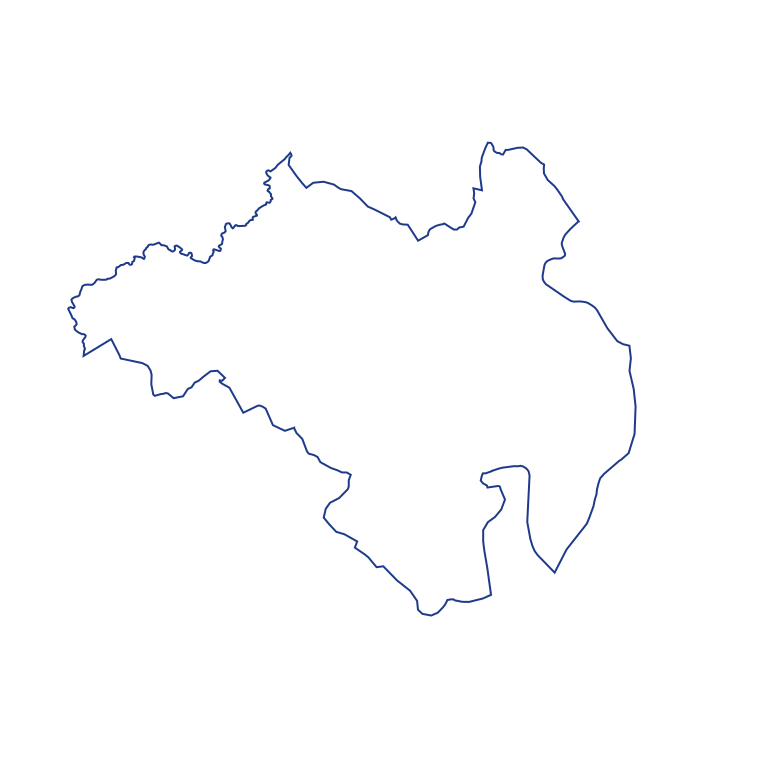 outline of Wusab Al Aali, Dhamar, Yemen, rotated 331°
{"feature_id": "15242507B81137292307075", "entity_name": "Wusab Al Aali", "entity_type": "district", "adm_level": 2, "iso_a3": "YEM", "parent_name": "Yemen", "parent_adm1": "Dhamar", "projection": "mercator", "projection_center": [43.763, 14.333], "detail": "fine", "context": "isolated", "style": "outline", "palette": "blue", "viewbox_px": 768, "rotation_deg": 331, "n_neighbors": 0, "source": "geoboundaries", "source_scale": "gbopen_adm2", "svg_char_len": 6166}
<svg xmlns="http://www.w3.org/2000/svg" viewBox="0 0 768 768"><g transform="rotate(331 384 384)"><path d="M441.8,631.7L463.5,617.2L493.5,604.6L498.6,600.6L508.2,592.2L512.5,587.1L516.3,583.6L519.2,579.4L523.4,574.9L527.3,571.3L532.9,569.3L552.2,565.3L555.1,565.1L564.4,563.1L578.9,549.2L593.1,525.7L599.9,509.6L605.1,491.5L612.4,481.2L617.2,469.5L612.3,465.0L608.8,459.6L606.4,443.4L606.1,422.6L605.5,419.4L604.0,416.1L601.5,411.8L599.9,410.1L596.4,407.4L593.4,405.7L589.9,404.0L587.7,401.9L583.7,394.7L574.0,375.2L573.5,372.1L573.6,369.6L575.1,366.3L581.9,357.9L583.9,356.4L586.5,355.6L590.7,355.9L593.3,356.4L598.2,359.3L600.2,360.0L604.3,359.5L605.5,358.1L606.6,350.4L607.1,348.3L607.8,346.9L612.2,342.9L615.2,341.1L622.1,338.8L632.4,336.2L633.1,336.3L630.2,308.9L630.6,306.4L629.8,298.2L629.1,293.8L626.1,284.9L626.0,277.4L628.2,273.0L630.4,269.7L628.4,266.4L622.6,248.0L620.3,244.6L615.4,242.2L605.7,239.3L603.9,238.3L599.3,241.0L597.7,239.7L596.9,237.8L595.1,236.9L594.0,235.3L593.3,233.6L593.3,232.4L594.3,230.5L594.6,229.2L594.6,225.9L594.2,224.8L591.8,223.3L587.1,226.7L579.3,233.4L577.1,236.6L573.3,240.3L568.6,249.3L563.6,262.1L557.1,256.2L555.3,261.0L552.3,265.1L552.0,269.3L543.0,277.4L538.3,279.4L529.9,285.0L525.7,283.6L522.8,284.3L519.9,282.7L514.5,272.8L513.1,272.8L509.8,271.7L506.0,270.9L500.0,270.9L498.3,271.4L496.4,272.8L494.6,275.1L483.3,275.2L482.0,256.2L477.6,253.4L475.6,251.4L474.6,248.1L474.5,246.2L474.9,243.9L473.8,244.2L470.0,243.8L470.0,241.0L460.3,226.8L455.9,221.0L452.9,209.9L449.1,199.5L441.0,192.9L439.2,190.1L436.9,185.3L429.2,177.8L419.7,173.7L411.2,174.8L409.8,168.5L408.3,159.6L406.8,146.2L411.0,140.4L413.7,139.7L414.2,138.4L414.1,136.3L412.1,137.2L408.1,138.3L406.5,139.1L397.3,140.8L393.6,142.4L387.8,143.0L386.3,141.0L385.0,140.8L384.0,141.2L383.4,142.0L383.3,145.2L384.8,148.4L384.3,149.0L381.8,150.0L377.1,149.9L376.5,150.2L376.3,150.8L376.5,151.6L379.3,154.2L380.0,155.2L379.2,157.2L378.7,157.6L377.1,157.5L375.9,158.4L375.9,159.1L376.8,160.3L376.8,161.3L377.2,162.8L377.0,163.7L376.4,164.2L376.2,165.0L376.3,167.9L375.7,168.1L374.2,168.1L373.3,169.4L372.2,170.0L371.6,169.9L369.6,168.3L369.0,168.3L368.0,169.8L365.4,169.5L360.2,169.7L356.8,170.9L355.5,171.0L355.0,171.5L354.6,172.3L354.6,173.5L354.9,174.0L354.5,175.1L350.4,174.4L349.5,175.2L348.8,176.8L346.9,176.0L345.5,176.0L343.4,177.1L341.8,177.1L340.9,177.5L340.5,178.2L339.3,178.3L333.7,175.6L332.6,174.7L332.1,173.7L331.5,173.6L331.2,173.2L330.6,173.2L327.6,174.6L327.1,174.5L326.7,172.8L326.9,170.6L326.7,168.5L324.5,167.5L323.5,167.4L320.9,169.6L319.6,173.6L317.9,174.2L315.4,173.9L314.2,174.5L313.5,175.6L313.9,177.3L313.2,179.5L312.0,180.6L310.2,183.0L306.8,183.1L306.2,183.5L306.2,184.7L306.9,186.4L306.3,187.5L305.4,188.1L304.8,188.1L304.4,187.8L300.7,183.8L300.0,183.7L299.4,184.2L299.2,185.7L297.6,186.9L296.4,188.3L293.6,188.4L291.0,190.8L290.1,191.4L288.9,191.8L286.6,191.7L285.4,191.0L284.4,190.0L282.7,187.6L280.3,186.2L280.7,186.3L280.3,186.1L278.4,184.2L276.1,180.2L276.2,179.8L276.7,179.5L278.2,179.0L278.9,176.7L278.8,175.7L277.8,175.0L276.9,174.9L275.6,175.9L274.0,176.2L272.3,174.4L271.8,173.6L270.0,172.0L269.5,170.9L269.4,169.7L269.7,169.4L271.9,169.1L272.6,168.7L272.6,168.2L271.8,165.9L269.9,162.5L268.6,162.0L267.6,162.1L266.6,164.8L266.0,165.4L264.4,165.8L263.3,165.6L262.3,164.6L262.1,163.4L260.9,162.0L260.7,160.4L260.9,158.6L258.7,155.9L256.6,154.7L256.2,152.6L255.6,151.2L250.5,150.5L249.4,150.2L247.6,148.9L245.9,148.4L245.4,148.4L243.6,149.6L242.2,149.6L241.4,150.5L240.0,150.7L237.9,151.7L237.3,152.4L236.5,154.4L236.6,156.6L235.3,158.0L234.6,158.2L233.2,155.6L229.8,152.8L227.6,151.5L226.8,151.8L227.1,152.9L225.0,155.2L223.0,155.3L221.9,156.8L221.3,157.1L220.4,157.0L219.7,156.6L219.2,155.8L219.3,154.7L219.0,154.1L217.4,153.2L214.1,153.3L213.2,153.2L211.8,152.4L208.1,152.9L206.8,152.4L206.3,152.6L205.8,153.5L204.5,154.6L203.0,157.9L202.1,158.5L200.0,159.0L195.4,158.9L193.0,157.9L192.1,158.2L189.9,157.3L187.2,155.7L184.5,153.7L183.0,153.7L179.8,155.3L177.4,155.7L176.5,155.6L173.0,153.4L171.0,152.5L170.1,152.2L168.6,152.2L167.8,152.2L167.1,152.7L165.6,154.2L163.6,155.6L160.5,158.8L158.4,158.9L156.6,158.2L153.2,158.1L151.5,158.7L150.9,160.9L151.0,165.1L150.9,166.4L150.6,166.8L150.2,167.1L148.9,167.0L147.6,165.2L146.4,164.7L145.2,164.6L144.2,165.2L143.9,172.1L143.5,174.8L143.6,175.8L144.5,177.0L144.7,177.8L144.9,180.0L144.6,181.6L144.1,182.8L143.6,183.1L140.9,183.7L140.2,186.1L140.3,187.5L141.8,190.9L144.1,194.0L145.5,194.8L146.0,195.5L146.4,196.2L146.5,197.2L145.7,198.0L141.6,200.0L141.0,200.7L140.7,201.5L141.1,203.2L139.9,205.4L139.6,208.0L139.3,208.6L138.1,209.2L134.9,213.8L167.2,212.5L166.6,229.9L166.1,234.1L182.8,248.6L186.1,253.6L186.3,259.3L185.2,263.3L180.4,271.3L177.1,281.4L177.8,283.2L184.1,284.7L186.5,285.7L188.3,285.9L190.4,287.4L193.1,294.4L202.3,297.3L210.1,293.2L214.0,293.6L219.2,291.0L223.6,291.3L228.8,290.2L238.5,288.8L244.8,291.7L247.9,301.6L243.9,302.7L242.1,301.2L241.4,302.3L242.5,305.1L247.0,312.3L247.0,340.9L263.1,341.8L264.7,342.5L266.9,345.0L268.6,348.2L266.9,366.1L274.6,376.9L284.2,378.7L284.0,379.0L283.7,384.5L285.9,392.4L284.0,405.5L284.3,408.1L285.2,409.4L286.4,410.3L288.5,412.5L290.5,415.6L290.5,421.6L296.9,431.8L301.2,436.6L304.3,440.9L308.6,443.4L310.9,447.3L306.5,451.1L303.4,456.7L301.2,458.5L289.5,462.0L279.2,461.7L272.6,464.9L266.5,471.6L268.1,480.3L270.6,490.2L276.5,496.2L284.2,508.7L279.2,513.0L284.7,524.0L286.3,528.1L288.7,540.6L295.0,543.1L300.2,562.2L306.6,577.5L307.8,589.7L304.3,597.9L306.2,603.7L313.1,609.4L320.1,610.1L326.8,608.1L330.5,606.6L334.8,603.6L336.0,604.2L337.3,604.4L340.3,606.0L341.1,607.6L346.8,612.4L352.7,615.8L366.3,619.5L375.4,620.3L385.3,594.6L391.1,578.0L394.5,569.6L400.0,559.8L407.9,555.2L416.6,554.1L425.7,550.6L433.8,543.7L435.0,532.4L435.6,530.1L435.1,529.1L433.8,528.3L424.3,524.7L424.8,522.7L422.4,518.8L421.8,515.3L425.5,511.3L427.2,510.1L429.5,511.4L436.0,512.5L436.1,512.3L443.2,513.6L447.0,514.6L457.9,518.9L460.9,520.7L464.0,521.9L465.7,523.6L467.4,526.6L468.0,529.2L468.1,530.7L466.9,534.7L442.4,574.1L436.9,590.4L435.3,597.7L434.8,603.2L435.4,608.0L441.8,631.7Z" fill="none" stroke="#1e3a8a" stroke-width="2"/></g></svg>